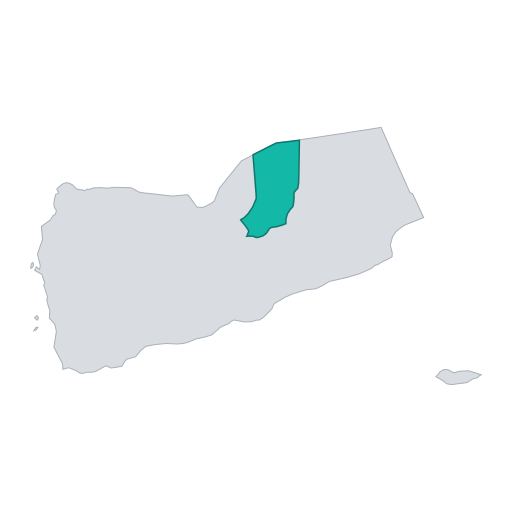 Al Qaff, Hadramawt, Yemen shown in context
{"feature_id": "15242507B27832262197062", "entity_name": "Al Qaff", "entity_type": "district", "adm_level": 2, "iso_a3": "YEM", "parent_name": "Yemen", "parent_adm1": "Hadramawt", "projection": "albers", "projection_center": [48.909, 17.431], "detail": "fine", "context": "in_parent", "style": "filled", "palette": "teal", "viewbox_px": 512, "rotation_deg": 0, "n_neighbors": 0, "source": "geoboundaries", "source_scale": "gbopen_adm2", "svg_char_len": 8319}
<svg xmlns="http://www.w3.org/2000/svg" viewBox="0 0 512 512"><path d="M423.7,217.6L405.1,224.9L400.2,228.1L395.8,231.9L392.5,236.7L390.3,245.1L392.2,252.7L392.1,256.7L387.3,259.5L382.8,261.5L377.8,264.6L374.8,265.4L372.3,267.8L369.4,269.4L358.9,273.9L347.5,277.3L329.2,281.5L322.2,285.8L315.8,288.8L306.0,289.8L292.6,293.9L285.2,297.2L275.9,302.6L273.8,304.2L272.2,308.2L269.3,311.6L263.7,317.1L259.5,320.0L256.7,320.1L251.3,321.7L244.8,322.0L234.0,320.0L231.2,321.3L228.9,323.5L220.5,327.2L211.9,334.8L205.7,336.8L195.6,339.1L188.5,342.1L183.7,343.4L177.6,344.0L166.3,343.5L155.6,344.5L145.7,346.4L140.9,350.4L135.5,356.8L126.7,359.3L124.7,361.5L121.9,366.2L116.2,367.3L111.1,368.0L105.9,365.8L95.9,371.3L92.2,372.2L86.5,372.3L82.5,373.4L79.6,373.0L76.1,370.6L68.6,367.7L62.9,369.3L62.6,363.9L53.9,347.1L56.2,332.7L56.3,330.7L54.7,324.2L49.4,318.2L49.8,310.7L48.1,305.3L46.8,299.8L47.3,298.3L47.5,297.0L44.9,288.5L44.1,286.8L43.8,285.0L44.7,283.6L44.7,282.1L43.4,279.4L42.0,274.5L34.7,270.4L36.3,266.8L37.7,268.1L39.6,269.2L40.1,266.9L40.2,265.1L37.4,254.1L42.5,239.6L41.4,226.4L48.5,221.3L50.3,219.8L51.4,218.4L53.1,215.4L55.3,214.5L56.2,211.4L56.2,209.8L54.8,208.4L53.8,204.7L54.3,200.0L54.8,198.1L55.6,194.5L58.1,193.3L58.7,192.2L56.9,189.9L57.1,188.6L61.3,184.9L63.0,183.8L65.7,182.8L67.7,182.8L70.1,183.6L72.2,184.7L74.3,186.7L76.4,188.9L79.8,189.8L82.1,189.7L83.9,190.7L85.5,190.2L87.3,189.1L90.2,189.3L92.8,188.0L100.2,187.6L107.3,188.2L114.7,187.3L122.1,187.5L129.5,187.7L131.2,187.9L132.8,188.6L139.0,192.1L143.8,192.9L153.3,193.9L163.5,195.1L172.4,196.1L179.9,195.4L186.2,194.8L187.9,194.9L189.7,197.0L193.4,202.2L196.9,207.1L203.1,207.4L207.1,205.6L211.6,203.1L214.2,201.1L217.4,193.2L219.4,188.1L224.1,182.4L227.9,177.6L233.1,171.2L235.9,167.7L241.5,160.8L246.8,158.1L257.0,152.9L267.0,147.7L273.5,144.4L279.0,142.8L288.3,141.5L299.2,139.9L310.1,138.3L321.7,136.6L334.6,134.6L343.5,133.3L354.8,131.5L364.2,130.1L372.5,128.8L381.1,127.4L382.8,131.2L384.5,135.1L386.2,138.9L387.9,142.8L389.6,146.6L391.2,150.5L392.9,154.3L394.6,158.1L396.3,162.0L398.0,165.8L399.7,169.7L401.5,173.5L403.2,177.4L404.9,181.2L406.6,185.0L408.3,188.9L410.0,192.6L412.6,193.8L414.3,197.4L416.6,202.4L419.0,207.5L421.3,212.6L423.7,217.6ZM452.8,372.3L455.2,372.7L458.7,371.3L468.9,370.8L481.3,374.8L479.0,376.0L477.7,377.6L472.3,379.1L467.0,382.6L451.4,384.6L446.8,383.8L443.0,380.7L435.9,376.7L438.6,374.0L439.2,372.8L440.2,371.6L444.1,369.5L448.0,369.7L452.8,372.3ZM38.0,319.3L37.4,320.1L36.8,319.9L34.5,317.8L37.1,315.6L38.4,317.8L38.0,319.3ZM32.2,267.5L31.0,268.4L30.7,266.8L31.6,263.5L32.9,262.5L33.6,265.1L33.0,266.4L32.2,267.5ZM36.4,329.6L33.9,330.7L35.7,327.7L37.5,327.1L38.0,327.3L36.4,329.6Z" fill="#d9dde1" stroke="#a8b0b8" stroke-width="1"/><path d="M299.4,140.3L297.1,140.6L294.2,140.9L291.1,141.3L288.1,141.6L285.1,142.0L282.1,142.3L279.2,142.7L276.2,143.0L273.5,144.4L271.9,145.2L270.2,146.0L267.7,147.3L265.9,148.2L264.2,149.1L261.6,150.4L259.9,151.3L258.2,152.1L255.6,153.4L253.0,154.8L253.5,161.5L255.1,181.2L255.3,184.1L256.0,192.7L256.1,195.4L256.2,195.7L256.2,196.0L256.2,196.6L256.2,196.9L256.2,197.1L256.2,197.9L256.2,198.2L256.2,198.4L256.1,198.8L256.0,199.1L256.0,199.3L255.9,199.6L255.8,199.8L255.7,200.1L255.6,200.3L255.4,200.6L255.3,200.9L255.1,201.2L255.0,201.4L254.9,201.7L254.8,202.1L254.6,202.4L254.5,202.7L254.4,202.9L254.3,203.1L254.2,203.4L254.1,203.7L254.0,204.0L253.9,204.2L253.8,204.5L253.7,204.8L253.5,205.1L253.4,205.3L253.3,205.6L253.2,205.8L253.0,206.1L252.8,206.6L252.7,206.9L252.5,207.1L252.4,207.4L252.2,207.7L252.1,207.9L251.9,208.2L251.8,208.4L251.6,208.7L251.4,208.9L251.2,209.2L251.1,209.3L251.0,209.5L250.9,209.7L250.7,210.0L250.4,210.4L250.2,210.7L250.0,210.9L249.9,211.1L249.6,211.5L249.5,211.8L249.3,212.0L249.1,212.3L248.9,212.6L248.7,212.9L248.6,213.1L248.4,213.3L248.2,213.6L248.0,213.8L247.9,214.0L247.7,214.2L247.5,214.4L247.2,214.6L247.0,214.8L246.8,215.0L246.6,215.2L246.4,215.4L246.2,215.7L246.0,215.9L245.9,216.1L245.7,216.3L245.4,216.5L245.0,217.0L244.8,217.1L244.6,217.3L244.4,217.5L244.1,217.7L243.9,217.8L243.7,218.0L243.2,218.2L243.0,218.4L242.5,218.7L242.0,219.0L241.7,219.2L241.5,219.3L241.2,219.4L241.0,219.5L240.7,219.7L240.6,219.8L240.9,220.2L241.1,220.5L241.3,220.8L241.5,221.0L241.7,221.3L242.0,221.7L242.2,222.0L242.4,222.2L242.6,222.4L242.8,222.7L243.0,222.9L243.2,223.1L243.8,223.8L244.0,224.0L244.2,224.3L244.3,224.5L244.5,224.7L244.7,225.0L244.9,225.2L245.1,225.4L245.3,225.7L245.5,225.9L245.5,226.0L245.8,226.4L246.0,226.7L246.2,226.9L246.3,227.1L246.5,227.4L246.7,227.6L246.8,227.8L247.0,228.1L247.2,228.3L247.3,228.6L247.5,228.8L247.7,229.0L247.8,229.3L248.0,229.6L248.1,229.9L248.3,230.2L248.4,230.5L248.5,230.7L248.6,231.0L248.6,231.3L248.6,231.6L248.5,231.9L248.4,232.1L248.4,232.4L248.2,232.6L248.1,232.9L248.0,233.1L247.9,233.5L247.7,233.9L247.7,234.0L247.6,234.3L247.5,234.6L247.4,234.8L247.3,235.0L247.3,235.3L247.2,235.6L247.1,235.9L247.1,236.2L247.0,236.3L247.4,236.3L247.8,236.2L248.1,236.2L248.4,236.2L248.8,236.2L249.1,236.1L249.4,236.1L249.6,236.1L249.9,236.1L250.3,236.1L250.5,236.1L250.8,236.1L251.0,236.1L251.4,236.1L251.6,236.1L251.8,236.1L252.1,236.1L252.4,236.2L252.7,236.2L253.0,236.3L253.3,236.4L253.5,236.4L253.8,236.5L254.1,236.6L254.4,236.7L254.6,236.9L254.8,237.0L255.1,237.1L255.3,237.2L255.6,237.3L255.8,237.4L256.1,237.4L256.4,237.4L256.7,237.5L257.3,237.5L257.6,237.5L257.8,237.4L258.2,237.4L258.3,237.4L258.7,237.3L258.9,237.2L259.3,237.0L259.5,237.0L259.7,236.9L260.0,236.8L260.3,236.6L260.5,236.6L260.8,236.5L261.0,236.4L261.3,236.3L261.6,236.2L261.9,236.2L262.2,236.1L262.5,236.0L262.7,235.9L263.0,235.7L263.3,235.6L263.5,235.4L263.8,235.2L264.0,235.1L264.3,234.9L264.5,234.8L264.8,234.5L264.9,234.4L265.0,234.3L265.2,234.2L265.3,234.2L265.5,234.0L265.7,233.9L265.9,233.6L266.1,233.4L266.4,233.1L266.5,232.9L266.7,232.7L266.9,232.5L267.0,232.3L267.2,232.1L267.4,231.8L267.6,231.5L267.8,231.1L268.0,230.8L268.2,230.5L268.4,230.2L268.5,230.0L268.7,229.7L268.9,229.4L269.0,229.2L269.3,228.8L269.5,228.6L270.0,228.3L270.2,228.1L270.5,227.9L271.0,227.7L271.5,227.5L271.7,227.4L271.9,227.3L272.0,227.3L272.5,227.2L272.8,227.2L273.1,227.1L273.4,227.1L273.7,227.1L273.9,227.1L274.0,227.0L274.3,227.0L274.6,227.0L274.9,226.9L275.2,226.9L275.4,226.9L275.7,226.8L275.9,226.8L276.3,226.7L276.6,226.7L276.8,226.6L277.1,226.6L277.3,226.5L277.7,226.4L277.9,226.3L278.3,226.2L278.6,226.1L279.0,226.0L279.3,225.9L279.7,225.8L280.0,225.7L280.4,225.6L280.7,225.5L281.0,225.5L281.3,225.4L281.6,225.3L281.9,225.2L282.1,225.1L282.3,225.0L282.6,224.9L282.9,224.8L283.1,224.7L283.4,224.6L283.7,224.5L284.2,224.3L284.4,224.2L284.7,224.1L285.0,224.0L285.4,223.9L285.6,223.8L285.9,223.7L285.9,223.2L285.9,222.9L285.9,222.6L285.9,222.2L285.9,221.9L285.9,221.6L285.9,221.4L285.9,220.8L285.9,220.6L285.9,220.3L285.9,220.0L285.9,219.7L286.0,219.4L286.0,219.1L286.1,218.8L286.1,218.7L286.2,218.2L286.2,217.9L286.3,217.7L286.3,217.4L286.4,217.2L286.5,216.9L286.6,216.7L286.7,216.3L286.8,216.0L286.8,215.8L286.9,215.5L287.0,215.3L287.0,215.0L287.1,214.7L287.2,214.4L287.3,214.2L287.4,213.9L287.5,213.7L287.8,213.2L288.1,212.7L288.3,212.5L288.8,211.8L288.9,211.6L289.1,211.3L289.3,211.0L289.4,210.8L289.5,210.6L289.6,210.4L289.8,210.1L290.0,209.8L290.1,209.6L290.3,209.4L290.5,209.2L290.8,208.9L291.1,208.6L291.2,208.4L291.5,208.1L291.8,207.8L292.0,207.5L292.2,207.3L292.4,207.1L292.6,206.9L292.7,206.6L292.9,206.3L293.0,206.1L293.0,205.8L293.1,205.5L293.2,205.3L293.2,204.9L293.3,204.7L293.3,204.4L293.4,204.1L293.4,203.9L293.5,203.5L293.5,203.2L293.6,202.7L293.6,202.4L293.7,202.1L293.7,201.8L293.7,201.6L293.8,200.9L293.8,200.7L293.8,200.4L293.8,200.1L293.9,199.8L293.9,199.5L293.9,199.4L293.9,199.2L293.9,198.7L294.0,198.4L294.0,197.8L294.0,197.1L294.0,196.8L294.0,196.5L294.0,196.2L293.9,195.9L293.9,195.6L293.9,195.3L293.9,194.7L293.9,194.4L294.0,194.1L294.0,193.8L294.0,193.5L294.1,193.2L294.1,192.9L294.2,192.7L294.3,192.4L294.4,192.1L294.5,191.9L294.7,191.7L294.8,191.5L295.0,191.3L295.2,191.0L295.5,190.8L295.6,190.5L295.8,190.2L296.0,190.1L296.1,189.9L296.4,189.7L296.5,189.5L296.8,189.3L297.0,189.2L297.3,188.8L297.5,188.6L297.7,188.3L297.8,188.1L297.8,187.8L297.9,187.5L297.9,187.2L298.0,187.1L298.0,186.9L298.0,186.7L298.1,186.4L298.6,183.0L298.9,172.1L299.0,165.1L299.4,140.3Z" fill="#14b8a6" stroke="#0f766e" stroke-width="1.5"/></svg>